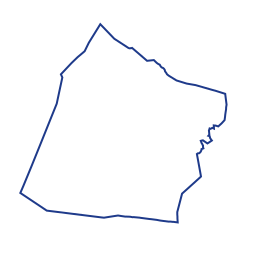 the district of San Juan Lachigalla, Oaxaca, Mexico, rotated 281°
{"feature_id": "50627088B67527227829858", "entity_name": "San Juan Lachigalla", "entity_type": "district", "adm_level": 2, "iso_a3": "MEX", "parent_name": "Mexico", "parent_adm1": "Oaxaca", "projection": "robinson", "projection_center": [-96.544, 16.566], "detail": "fine", "context": "isolated", "style": "outline", "palette": "blue", "viewbox_px": 256, "rotation_deg": 281, "n_neighbors": 0, "source": "geoboundaries", "source_scale": "gbopen_adm2", "svg_char_len": 1953}
<svg xmlns="http://www.w3.org/2000/svg" viewBox="0 0 256 256"><g transform="rotate(281 128 128)"><path d="M94.1,208.8L94.3,208.9L98.2,207.4L115.1,200.8L115.6,200.6L116.4,201.3L116.5,201.6L116.7,202.5L117.3,203.1L118.6,203.9L119.9,204.2L120.6,204.3L121.3,204.2L122.4,205.9L123.5,205.3L125.1,205.0L125.7,204.4L126.5,203.9L127.0,203.3L129.3,201.9L129.9,203.1L130.2,203.9L128.0,208.9L129.3,210.3L131.7,212.7L132.5,211.8L133.6,210.7L133.9,210.5L135.6,209.7L135.7,208.4L137.0,209.1L141.1,207.9L141.3,208.0L143.1,208.2L142.9,209.1L143.2,209.5L143.4,209.8L143.5,209.9L144.2,210.7L143.8,212.5L146.9,211.7L147.0,213.4L147.1,213.5L146.8,216.3L150.4,219.0L153.5,220.9L154.2,221.3L157.8,221.1L159.9,220.9L160.2,220.9L162.1,220.8L165.1,220.7L166.9,220.4L169.7,220.3L177.3,217.8L180.1,216.9L181.3,206.3L181.3,206.1L181.3,205.9L181.5,203.2L183.0,186.2L182.8,177.1L183.9,166.8L183.9,166.6L187.1,158.1L187.6,157.1L188.2,156.0L189.2,155.2L190.0,154.3L190.8,153.5L192.0,153.0L193.0,152.0L193.6,151.0L193.8,149.8L194.4,148.7L195.3,147.8L196.2,147.1L196.5,145.9L196.9,144.8L197.5,143.6L199.6,140.4L197.6,133.9L207.4,116.7L207.0,116.1L206.9,115.4L206.6,114.9L206.5,114.1L206.6,113.5L206.8,112.7L207.0,112.3L213.0,97.5L224.6,81.0L204.3,73.3L195.1,70.8L187.9,65.0L180.9,60.1L167.9,51.9L165.1,53.9L150.0,53.6L138.3,53.4L119.2,49.7L97.9,45.6L71.7,40.5L51.0,36.3L43.7,34.7L31.4,64.0L35.2,119.5L35.4,121.6L37.4,127.1L40.2,134.9L40.3,138.2L40.5,142.3L40.6,142.6L41.1,145.7L41.3,147.1L41.3,148.3L41.3,149.4L41.6,150.6L42.1,155.5L42.2,156.5L42.2,157.3L42.3,159.0L42.5,162.3L42.8,167.0L42.9,167.7L43.3,173.8L43.3,175.7L43.3,177.2L43.4,178.9L43.6,181.9L43.7,183.0L43.7,183.6L43.8,184.7L43.8,185.2L43.8,185.4L44.0,186.5L44.1,187.0L44.2,187.3L44.4,189.9L44.6,190.8L44.6,191.2L44.6,191.7L44.6,192.1L44.7,192.7L44.7,193.0L44.8,194.8L49.0,193.7L50.2,193.5L52.4,192.9L54.9,192.4L55.0,192.4L56.4,192.5L73.9,193.6L84.5,201.6L94.1,208.8Z" fill="none" stroke="#1e3a8a" stroke-width="2"/></g></svg>